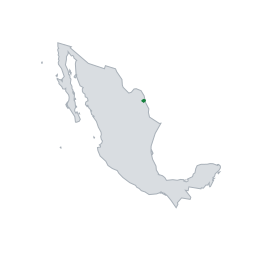 Nava, Coahuila, Mexico shown in context, rotated 14°
{"feature_id": "50627088B13414539887729", "entity_name": "Nava", "entity_type": "district", "adm_level": 2, "iso_a3": "MEX", "parent_name": "Mexico", "parent_adm1": "Coahuila", "projection": "orthographic", "projection_center": [-100.575, 28.492], "detail": "fine", "context": "in_parent", "style": "filled", "palette": "green", "viewbox_px": 256, "rotation_deg": 14, "n_neighbors": 0, "source": "geoboundaries", "source_scale": "gbopen_adm2", "svg_char_len": 4032}
<svg xmlns="http://www.w3.org/2000/svg" viewBox="0 0 256 256"><g transform="rotate(14 128 128)"><path d="M39.3,62.3L53.4,62.9L52.5,64.2L73.9,74.9L90.8,76.2L91.0,73.0L101.6,73.6L103.3,76.0L110.4,82.4L112.1,87.7L113.4,89.7L120.3,93.9L122.6,92.5L124.4,88.7L126.5,87.9L131.6,88.6L135.8,92.8L138.7,98.9L143.6,104.4L144.0,107.9L146.2,112.2L157.3,116.0L158.8,115.4L155.7,126.6L154.8,139.9L155.4,142.7L158.4,146.4L157.8,148.5L158.0,146.4L155.5,143.3L156.3,146.2L159.4,152.4L164.4,158.2L165.6,161.8L169.1,165.4L168.1,165.4L170.1,166.2L169.5,165.7L173.1,166.0L175.7,167.2L178.0,169.5L184.0,167.3L188.5,166.8L191.4,165.2L194.5,164.7L195.1,165.2L194.9,165.9L197.5,166.2L199.1,164.9L198.6,163.0L197.8,163.6L198.0,163.2L202.4,159.6L202.5,156.9L203.8,155.3L203.6,151.0L204.2,147.8L207.6,145.6L213.6,144.0L216.2,142.7L219.1,142.1L224.1,142.7L224.4,142.0L223.1,142.1L224.7,141.4L226.8,142.6L227.3,144.4L226.5,147.1L223.7,151.3L223.7,153.9L222.3,155.7L222.6,156.2L224.0,155.9L222.6,157.6L222.7,158.3L223.7,158.0L222.2,164.7L221.7,165.3L220.5,164.0L220.1,161.5L218.9,164.2L217.4,164.5L215.7,168.1L213.6,168.3L213.5,169.4L201.3,170.4L201.5,174.3L198.7,174.5L205.7,180.0L205.6,182.2L196.9,182.9L194.0,188.6L194.9,189.9L194.0,193.7L187.4,187.9L182.2,184.0L179.0,182.5L178.7,183.0L181.6,184.3L177.1,183.2L177.4,182.2L176.2,182.7L175.5,181.8L174.7,182.8L176.2,183.2L173.9,183.5L171.7,185.0L164.6,187.5L160.0,185.9L156.1,185.6L153.5,184.0L150.9,183.4L149.2,181.8L142.9,180.6L135.1,177.3L130.0,174.1L127.9,171.9L122.6,171.1L117.6,169.2L114.5,165.6L107.8,162.0L104.3,157.2L103.1,154.3L105.9,153.1L105.5,151.8L104.3,151.4L106.1,149.3L106.4,146.7L105.0,145.7L103.6,143.0L103.7,140.7L102.8,138.5L99.0,134.3L95.8,129.3L90.6,124.8L92.1,125.7L92.3,124.8L89.5,123.7L87.6,120.3L89.0,120.5L85.1,118.0L84.6,116.9L83.0,117.2L82.8,116.7L84.0,115.5L82.0,116.3L80.9,115.3L80.8,113.1L82.3,111.3L82.8,111.7L81.9,109.6L80.7,108.3L79.0,108.2L78.0,105.5L76.0,104.7L74.9,103.5L74.2,101.1L74.8,99.6L71.3,98.6L65.6,90.5L65.4,88.7L64.5,88.1L61.4,78.5L61.3,75.7L61.9,74.8L58.6,73.2L58.0,71.7L56.9,71.0L55.6,71.8L51.4,68.4L52.0,70.3L51.0,73.7L51.7,76.6L52.0,81.9L56.2,87.1L57.4,90.4L58.1,90.3L58.4,91.3L59.1,91.5L59.6,93.5L60.8,94.3L61.3,98.6L63.5,101.0L64.2,103.5L65.3,104.3L65.9,107.2L66.8,108.0L66.4,105.9L67.7,107.2L68.9,113.8L70.4,115.8L72.2,120.7L71.8,122.6L72.1,124.4L73.9,126.3L74.6,124.6L79.6,131.1L79.0,133.3L76.8,134.8L75.6,135.0L73.6,129.8L65.7,122.3L65.0,122.3L63.4,120.1L63.2,118.6L63.9,115.5L63.5,112.5L62.4,110.2L58.6,107.2L58.0,104.5L57.2,105.6L55.2,105.8L53.8,103.9L50.3,101.7L49.9,100.2L47.4,97.7L47.2,96.9L50.0,97.7L51.7,97.2L51.6,97.9L53.0,98.8L52.6,97.0L52.0,96.8L53.7,93.5L49.1,86.4L45.1,83.0L44.5,81.4L44.7,79.0L43.8,78.1L43.8,75.3L42.5,74.0L42.6,72.3L41.0,69.5L40.8,68.3L41.5,67.5L40.4,66.3L39.3,62.3ZM65.3,90.6L64.7,92.2L63.3,91.5L64.1,89.1L65.0,88.9L65.3,90.6ZM59.6,89.7L57.7,87.7L57.4,85.7L58.3,86.5L58.5,87.5L59.5,87.9L59.6,89.7ZM226.7,150.5L226.2,150.0L226.4,149.2L227.7,148.4L226.7,150.5ZM63.4,122.2L62.0,120.3L63.2,116.9L62.7,120.0L63.4,122.2ZM46.6,95.2L45.5,94.8L46.5,93.1L46.8,94.5L46.6,95.2ZM29.0,86.5L28.3,85.2L28.6,84.7L28.9,84.8L29.0,86.5ZM64.6,122.3L65.4,123.8L63.6,122.3L64.6,122.3ZM97.9,145.4L97.7,146.0L97.2,145.8L97.0,144.8L97.9,145.4ZM72.9,119.5L73.2,120.6L72.3,119.2L72.9,119.5ZM69.7,112.1L70.3,112.7L69.4,113.6L69.7,112.1ZM67.9,163.6L67.5,163.7L66.9,163.2L67.4,162.7L67.9,163.6ZM196.6,164.5L195.5,164.9L197.4,164.1L196.6,164.5ZM77.6,126.0L77.0,125.8L77.0,124.8L77.6,126.0Z" fill="#d9dde1" stroke="#a8b0b8" stroke-width="1"/><path d="M135.3,98.1L135.5,98.2L135.5,98.3L135.5,98.5L135.8,98.6L136.0,98.6L136.3,98.6L136.6,98.6L136.8,98.9L137.0,98.7L137.3,98.6L137.5,98.3L137.6,98.2L137.4,97.9L137.5,97.8L137.5,97.7L137.6,97.4L137.8,97.4L138.0,97.3L138.0,97.2L137.9,97.0L137.8,96.9L137.7,96.9L137.4,96.8L137.4,96.7L137.2,96.7L136.9,96.6L136.7,96.6L136.4,96.7L136.4,96.8L136.2,96.9L136.1,97.0L135.9,97.2L135.8,97.3L135.7,97.4L135.6,97.5L135.5,97.8L135.4,97.8L135.4,98.0L135.3,98.1Z" fill="#22c55e" stroke="#15803d" stroke-width="1.5"/></g></svg>